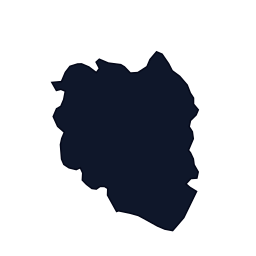 Gochang-gun, North Jeolla, South Korea, rotated 113°
{"feature_id": "91817680B73468302874709", "entity_name": "Gochang-gun", "entity_type": "district", "adm_level": 2, "iso_a3": "KOR", "parent_name": "South Korea", "parent_adm1": "North Jeolla", "projection": "equal_earth", "projection_center": [126.618, 35.434], "detail": "fine", "context": "isolated", "style": "filled", "palette": "ink", "viewbox_px": 256, "rotation_deg": 113, "n_neighbors": 0, "source": "geoboundaries", "source_scale": "gbopen_adm2", "svg_char_len": 1086}
<svg xmlns="http://www.w3.org/2000/svg" viewBox="0 0 256 256"><g transform="rotate(113 128 128)"><path d="M188.7,41.6L159.6,40.1L158.4,48.0L156.8,52.8L150.0,50.4L147.2,45.0L141.0,46.2L136.0,52.8L130.9,55.8L126.5,60.7L124.8,63.7L115.8,63.7L112.4,63.7L106.3,67.3L102.9,72.2L96.7,73.4L89.4,70.4L83.8,70.4L80.4,77.0L74.8,79.4L71.5,84.3L65.3,90.3L60.2,100.6L58.0,109.7L52.9,115.8L46.7,125.5L46.7,131.5L56.3,134.5L64.1,134.5L73.1,140.6L76.5,147.3L73.1,155.2L72.5,159.4L75.9,171.5L75.9,181.3L79.8,183.1L84.3,177.6L89.4,178.8L87.1,187.9L87.1,195.8L88.8,199.5L93.9,205.5L101.2,207.4L111.3,207.4L115.8,215.9L121.4,208.6L118.6,204.9L118.6,200.1L127.0,198.3L134.3,198.3L138.2,201.3L146.1,201.3L146.7,201.3L154.0,193.4L156.8,184.9L163.5,184.9L169.7,183.7L182.6,177.0L186.6,172.8L187.7,166.7L186.5,159.4L183.2,156.4L187.1,152.1L193.8,149.7L196.1,144.2L197.8,137.6L196.6,133.3L192.7,130.9L191.0,126.7L191.6,123.0L197.8,120.6L209.3,105.9L207.9,104.3L205.6,92.8L204.5,84.3L205.0,78.8L206.7,62.5L206.7,54.6L205.0,46.8L199.4,45.0L188.7,41.6Z" fill="#0f172a" stroke="#020617" stroke-width="1.5"/></g></svg>